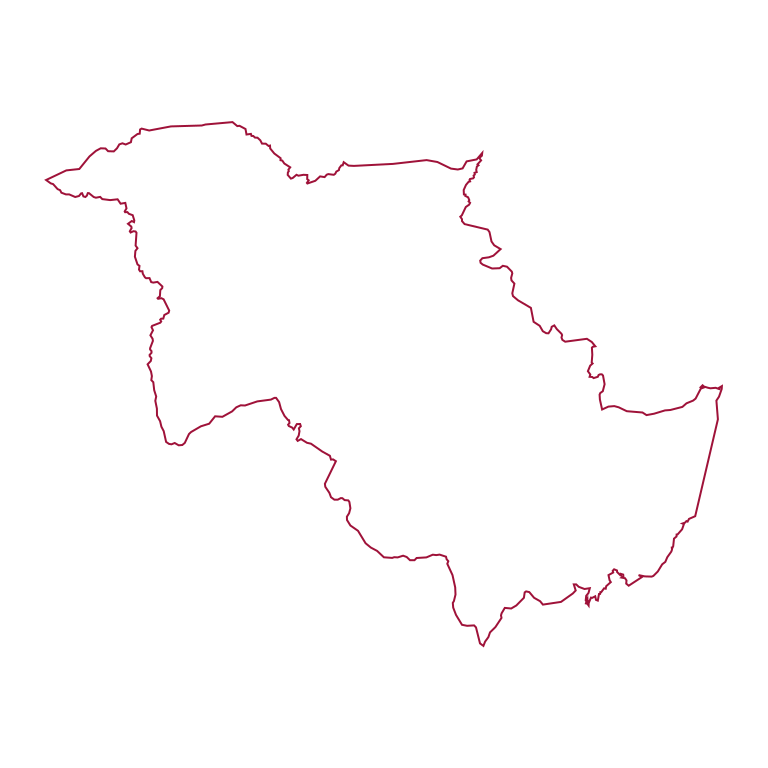 Lubero, Nord-Kivu, Democratic Republic of the Congo
{"feature_id": "63176286B45916106821058", "entity_name": "Lubero", "entity_type": "district", "adm_level": 2, "iso_a3": "COD", "parent_name": "Democratic Republic of the Congo", "parent_adm1": "Nord-Kivu", "projection": "orthographic", "projection_center": [28.988, -0.062], "detail": "fine", "context": "isolated", "style": "outline", "palette": "rose", "viewbox_px": 768, "rotation_deg": 0, "n_neighbors": 0, "source": "geoboundaries", "source_scale": "gbopen_adm2", "svg_char_len": 6092}
<svg xmlns="http://www.w3.org/2000/svg" viewBox="0 0 768 768"><path d="M166.1,441.9L169.0,443.9L171.5,444.3L174.7,443.0L178.7,445.3L182.3,445.0L184.8,442.9L189.0,434.0L191.1,432.0L200.9,426.3L209.2,423.7L215.1,416.3L222.4,416.8L232.1,411.4L236.3,407.3L240.7,405.3L245.0,405.5L257.3,401.4L270.9,399.6L274.4,397.9L276.1,397.9L279.1,402.1L281.0,409.1L284.5,415.9L288.0,420.0L289.0,420.2L289.5,423.0L288.1,424.7L288.8,426.0L292.2,427.6L293.7,429.5L296.8,424.1L300.1,424.0L300.8,426.2L298.9,428.3L299.5,431.2L298.7,435.6L296.5,439.3L297.7,440.9L301.0,439.1L307.0,442.8L311.0,443.7L322.2,451.5L329.9,455.8L331.0,459.6L333.1,459.4L335.9,461.2L324.9,483.8L325.3,486.8L329.4,492.9L331.0,497.2L334.4,499.7L337.7,499.7L340.8,498.1L342.4,498.2L344.6,500.1L348.3,500.4L349.4,502.0L350.4,508.3L349.1,513.2L346.9,516.7L347.0,520.0L350.4,525.5L358.0,530.8L365.6,543.3L370.9,547.6L377.1,550.9L383.9,557.3L392.2,557.9L394.2,557.2L397.7,557.4L403.1,555.7L406.7,557.0L410.0,560.2L414.5,560.2L416.6,558.0L426.4,557.4L432.8,554.7L436.3,555.1L439.6,554.6L446.0,556.7L446.6,559.2L448.3,561.2L447.3,563.8L452.5,575.1L455.2,587.4L455.5,594.6L453.9,601.1L452.8,602.9L453.2,607.6L456.0,614.9L462.0,624.8L467.1,625.8L474.1,625.4L476.0,627.4L480.0,643.4L483.4,645.9L485.1,641.6L488.4,637.1L490.0,632.4L495.4,627.1L501.5,617.9L501.0,615.4L501.6,613.3L504.8,607.9L511.2,608.5L516.3,605.5L523.9,597.8L524.7,592.4L526.1,591.4L529.3,592.1L534.1,597.8L540.1,601.2L542.9,604.6L561.0,601.9L572.8,593.5L575.7,590.5L573.8,584.4L576.2,584.4L578.7,586.8L584.5,589.0L589.8,588.2L588.5,593.0L586.2,595.8L585.7,600.4L586.1,601.0L587.4,598.6L587.5,600.9L588.6,601.1L587.7,602.4L586.5,601.5L585.9,603.4L587.4,603.8L588.6,605.5L588.7,603.1L591.0,597.6L592.1,597.9L595.2,596.3L596.0,599.9L597.8,600.6L599.0,594.0L600.1,593.9L600.4,592.1L601.2,592.2L604.1,588.3L605.7,588.7L606.2,586.2L610.8,582.1L609.6,580.3L608.5,575.1L613.2,572.5L612.7,570.8L614.1,569.3L617.0,570.5L617.1,572.0L620.5,575.4L621.0,575.5L620.9,573.9L623.2,574.6L623.4,576.4L621.7,577.6L625.0,578.2L626.5,580.4L626.2,583.6L628.7,585.7L642.0,577.0L638.6,575.1L644.9,576.4L651.7,576.6L653.4,575.9L657.8,571.5L662.2,564.3L665.3,561.9L667.3,557.2L671.3,551.6L672.0,549.6L671.7,546.6L672.2,548.3L673.2,546.2L674.0,538.6L676.5,536.5L676.6,534.5L677.6,534.4L682.1,529.3L683.9,524.1L682.5,523.5L685.1,522.6L686.4,521.1L687.6,521.6L689.0,518.9L695.2,516.2L717.9,419.3L716.4,400.6L719.0,396.7L721.7,389.0L721.9,386.1L718.5,388.1L720.1,389.4L715.7,387.8L710.4,388.3L707.7,387.7L703.9,386.5L702.6,385.3L700.9,387.0L703.8,387.5L700.8,388.6L695.6,398.6L693.1,400.6L686.5,403.3L682.4,406.9L670.3,410.0L665.0,410.4L654.1,413.7L646.5,415.1L642.5,412.5L626.8,411.2L618.7,407.3L614.3,406.1L608.4,406.6L602.1,409.5L599.9,399.5L599.6,394.6L600.3,393.0L602.8,391.2L604.6,384.2L603.0,375.5L601.8,374.3L600.1,374.3L598.6,375.0L597.8,376.8L593.6,378.1L592.3,377.0L589.6,376.8L590.3,374.5L587.9,371.2L590.2,365.6L592.6,363.5L591.7,362.6L592.3,354.8L591.9,347.7L592.7,346.8L595.3,346.3L591.8,342.0L586.9,338.8L565.2,341.7L562.4,339.9L561.5,337.6L562.1,335.1L561.5,333.8L556.8,329.1L554.3,325.4L551.7,326.8L551.1,329.3L548.5,333.3L546.2,333.2L542.8,331.2L539.7,325.8L533.6,321.8L530.9,307.9L518.0,300.3L513.0,296.1L512.3,293.3L514.4,283.6L511.5,280.4L511.1,277.9L512.3,273.4L511.8,271.6L507.0,266.7L502.8,265.8L499.7,268.2L492.1,268.5L482.8,264.6L480.6,262.8L480.2,260.6L482.4,258.2L488.9,257.3L493.4,255.7L500.6,249.1L494.2,245.3L491.5,241.5L489.5,232.1L487.7,229.6L464.6,224.1L462.0,221.1L462.0,219.2L460.3,216.7L461.8,215.4L465.8,207.0L469.1,204.7L470.1,202.8L468.6,201.4L469.3,200.1L468.1,197.3L465.3,195.9L465.5,194.6L463.9,194.4L463.7,190.0L466.0,184.9L468.5,181.9L470.1,181.4L469.5,180.0L470.0,179.0L473.2,178.3L474.0,177.3L473.6,175.6L474.8,174.5L474.5,172.8L476.7,172.1L476.2,169.9L476.9,166.5L478.5,165.3L477.5,164.3L481.1,160.4L479.3,158.0L481.9,155.7L482.2,153.0L476.7,159.4L466.6,161.4L462.6,168.4L457.8,169.5L451.0,168.6L437.4,162.0L426.6,160.1L393.0,163.9L353.9,165.9L348.5,165.6L343.7,162.2L342.7,165.3L341.4,165.3L339.3,168.1L338.9,170.1L336.3,171.6L335.3,173.7L333.8,174.8L328.3,174.1L326.7,174.7L324.6,177.1L320.1,176.4L315.3,180.8L307.4,183.5L306.9,182.9L308.7,180.3L307.2,179.1L307.3,175.0L303.5,174.8L298.4,175.7L296.5,174.8L292.7,178.0L290.9,178.6L287.7,174.9L287.9,172.4L288.8,171.2L288.4,169.7L290.2,167.3L284.3,163.5L282.3,160.6L280.5,160.2L280.6,158.2L274.3,153.5L270.2,148.5L270.0,145.6L268.6,146.0L265.8,143.7L262.0,143.6L260.3,140.3L257.5,137.7L255.0,137.6L253.3,136.0L251.5,135.9L250.9,133.9L246.5,134.5L245.5,129.0L239.5,125.8L237.3,126.1L232.5,122.1L205.5,124.5L201.8,125.5L171.0,126.4L149.2,130.5L141.6,128.6L140.1,129.5L139.7,133.7L137.5,134.0L131.7,138.3L130.9,142.2L125.7,144.5L122.4,143.3L119.3,144.4L117.0,148.3L113.8,151.4L108.1,151.2L105.5,148.5L100.7,148.3L95.9,150.9L89.5,156.4L79.3,169.0L66.3,170.4L46.1,180.0L50.8,183.4L53.1,184.1L57.6,189.1L60.1,190.2L61.4,192.7L65.9,194.4L69.2,194.4L75.2,197.0L79.0,196.0L81.1,193.4L82.1,193.2L83.4,196.4L85.4,197.0L86.9,195.6L87.8,193.1L88.9,193.1L93.7,197.0L95.9,197.7L100.2,196.9L102.3,199.1L110.2,200.1L117.6,199.3L120.6,203.7L125.3,202.9L126.5,208.4L124.7,211.4L125.1,212.2L127.4,212.1L128.9,213.8L132.7,215.2L134.3,220.4L134.0,222.1L131.8,221.0L128.0,223.8L131.3,226.6L131.6,228.1L129.8,231.3L130.6,232.5L133.5,231.2L135.6,231.5L136.5,232.8L135.6,245.6L137.5,248.2L135.4,250.9L134.9,256.7L137.5,264.4L139.5,265.9L139.0,269.6L140.1,271.3L142.4,271.2L142.8,273.7L144.9,277.3L146.1,278.2L149.5,278.1L151.2,282.1L153.3,282.6L157.5,281.9L162.4,286.5L162.2,288.1L160.3,290.1L159.9,296.2L157.6,298.2L158.1,298.8L161.4,298.2L163.6,299.3L169.2,310.6L168.6,312.7L164.3,315.0L163.3,318.6L161.1,318.7L160.2,319.7L161.2,321.5L160.3,322.7L152.1,325.9L151.5,327.1L153.0,330.3L150.4,335.3L152.6,338.8L152.9,340.9L150.1,348.2L150.1,349.5L151.5,351.1L151.5,352.8L149.6,354.9L149.7,356.1L151.4,358.2L150.8,361.0L147.6,364.3L151.0,371.5L151.9,376.1L151.3,380.1L153.3,382.2L154.2,390.2L156.2,396.5L155.3,400.8L156.9,408.6L157.0,415.6L160.1,421.2L161.4,426.7L163.7,431.1L166.1,441.9Z" fill="none" stroke="#9f1239" stroke-width="2"/></svg>